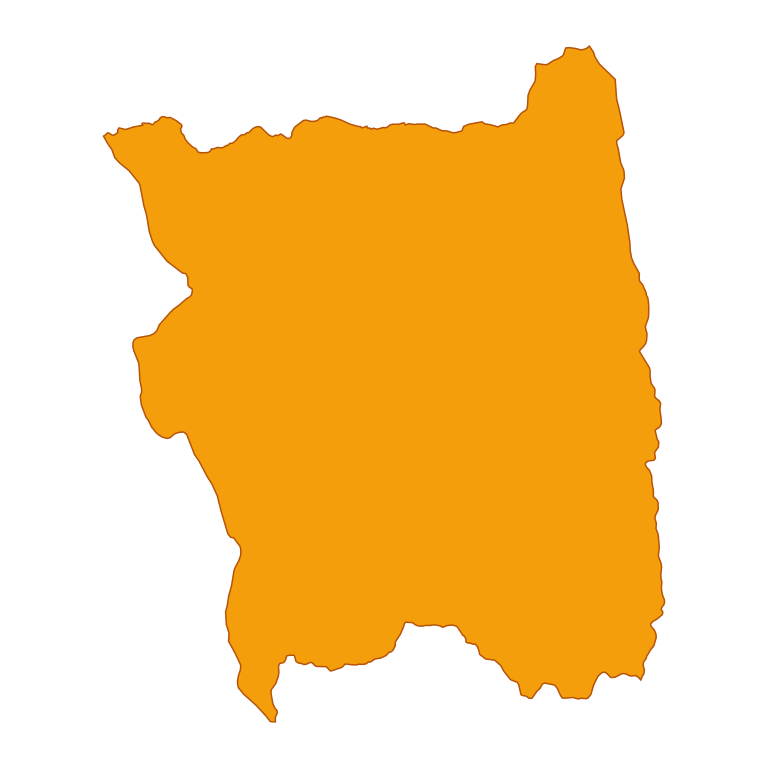 the district of Liborina, Antioquia, Colombia
{"feature_id": "7082276B40306940233950", "entity_name": "Liborina", "entity_type": "district", "adm_level": 2, "iso_a3": "COL", "parent_name": "Colombia", "parent_adm1": "Antioquia", "projection": "natural_earth1", "projection_center": [-75.777, 6.724], "detail": "fine", "context": "isolated", "style": "filled", "palette": "amber", "viewbox_px": 768, "rotation_deg": 0, "n_neighbors": 0, "source": "geoboundaries", "source_scale": "gbopen_adm2", "svg_char_len": 6096}
<svg xmlns="http://www.w3.org/2000/svg" viewBox="0 0 768 768"><path d="M238.8,560.7L235.2,567.4L234.0,570.7L231.5,585.9L228.8,595.6L227.2,605.9L225.6,611.8L226.3,624.2L229.0,633.2L228.6,641.3L235.1,653.1L240.7,665.1L240.5,669.4L238.4,675.8L237.5,680.8L237.6,684.0L238.4,687.7L243.5,694.0L256.1,705.3L265.9,715.9L270.4,721.6L275.3,721.9L275.4,717.1L277.2,713.1L277.2,711.7L277.2,710.9L275.1,708.3L272.9,703.9L271.0,693.2L271.3,689.7L275.8,683.5L278.3,676.4L278.9,672.5L278.5,666.9L279.1,664.4L279.8,663.5L283.5,662.6L284.3,661.9L285.4,660.2L286.8,655.8L290.0,655.2L293.9,655.3L294.5,655.9L296.0,661.4L298.3,663.0L302.2,663.7L303.9,664.6L307.0,664.0L309.9,662.5L312.1,662.7L314.9,665.6L316.3,666.4L326.4,666.7L330.0,670.7L331.1,671.0L342.0,667.3L345.3,664.0L353.6,664.9L357.4,664.8L358.7,664.2L363.3,664.4L366.1,663.8L368.7,661.9L370.0,662.1L371.4,661.5L374.9,659.0L380.9,658.0L386.1,655.5L388.7,652.5L390.5,652.1L392.7,650.6L395.3,645.8L395.3,642.3L395.8,641.2L400.2,634.5L403.3,627.5L404.6,623.2L406.1,622.2L412.3,622.6L416.0,625.1L418.6,626.0L422.7,626.1L425.6,625.4L429.6,625.5L434.5,624.8L440.2,625.9L442.1,627.1L443.3,627.1L447.0,625.6L450.8,625.1L453.1,625.2L456.4,626.2L457.7,627.4L462.9,635.4L464.3,636.2L465.7,638.4L466.1,642.2L468.0,643.0L470.8,643.2L472.4,644.1L475.2,644.1L477.5,646.7L479.3,652.0L479.5,654.1L480.9,655.4L485.7,659.0L494.7,660.2L500.7,665.5L503.8,671.1L509.6,678.5L511.0,679.9L517.3,682.3L518.8,685.0L521.0,694.7L522.4,695.5L526.1,696.1L528.8,698.1L531.3,698.4L532.3,697.9L536.9,691.3L540.0,688.4L542.4,684.0L545.1,683.1L554.7,685.1L557.4,688.6L560.6,695.6L562.0,697.7L563.5,698.2L572.9,697.5L578.5,699.0L581.1,698.2L586.6,698.7L588.4,697.6L590.9,694.4L593.7,684.9L597.7,676.6L601.3,673.0L603.1,672.3L604.4,672.1L606.2,672.9L609.0,675.5L609.6,676.6L611.4,677.6L615.2,677.2L621.9,673.7L623.4,673.6L626.1,674.0L629.2,675.6L631.3,676.0L635.5,675.6L638.3,677.2L640.8,680.0L642.4,676.0L643.8,674.0L644.3,671.0L644.3,669.3L643.2,665.8L643.4,662.4L646.3,658.1L646.9,655.5L648.4,653.7L650.0,650.6L653.9,645.7L656.2,637.6L656.0,634.5L655.3,632.2L654.1,629.8L650.8,625.9L650.7,623.9L652.8,621.5L656.8,619.2L662.0,614.9L662.8,613.0L662.7,611.8L661.3,609.7L661.3,608.6L662.2,606.7L663.8,604.9L664.5,602.6L664.4,599.8L662.9,596.2L661.7,591.4L661.4,586.8L661.9,581.9L661.1,579.2L660.8,574.9L661.6,566.9L661.2,563.8L658.3,555.8L659.3,547.2L658.4,537.0L658.0,533.9L656.0,528.7L656.4,523.4L655.0,518.9L655.2,516.0L658.2,509.6L658.1,502.7L656.9,500.1L653.4,496.7L653.4,490.2L652.0,482.9L651.6,475.8L649.6,470.6L646.1,466.6L645.3,464.0L645.7,462.8L648.1,461.0L653.6,460.3L654.6,459.7L655.4,458.0L654.7,453.4L654.9,451.9L658.3,447.2L658.8,441.9L657.1,439.0L655.2,430.6L655.6,429.8L659.7,426.9L661.4,423.7L661.2,419.0L659.9,409.7L660.6,403.4L659.3,400.9L655.9,398.2L654.6,396.2L655.0,389.9L654.5,388.3L651.2,383.5L650.1,376.8L650.1,370.6L649.5,367.9L639.6,351.7L640.2,349.9L643.4,346.6L645.5,343.6L646.6,340.4L647.0,333.7L645.4,327.5L645.5,325.9L648.3,318.0L648.6,315.4L648.8,307.4L648.4,301.9L647.8,297.9L646.5,295.4L646.0,292.4L642.4,284.3L640.3,282.1L639.6,280.7L639.2,278.5L639.3,273.4L633.5,262.9L631.4,257.4L630.2,250.0L629.9,242.9L627.3,225.1L621.8,199.2L620.9,189.0L624.4,178.3L624.1,172.3L623.7,169.9L620.7,162.8L618.3,149.1L616.7,143.5L616.7,141.5L617.1,140.3L622.6,135.7L623.9,133.4L623.8,131.3L619.6,111.1L616.6,98.9L615.2,79.4L599.4,64.1L595.0,57.0L593.5,52.3L589.4,46.1L586.4,48.5L582.3,49.8L580.3,49.8L576.3,48.6L569.2,47.6L565.7,48.0L563.3,55.1L562.3,56.1L558.0,58.7L552.9,60.8L547.5,64.4L544.6,64.7L536.9,63.6L535.3,66.6L535.7,74.3L535.1,81.2L530.0,89.9L528.1,95.2L527.5,105.8L526.9,109.1L525.2,110.7L522.1,112.5L519.1,115.7L513.6,123.1L509.9,123.0L507.0,124.4L502.2,124.9L497.9,126.9L491.5,125.0L484.6,123.7L482.0,121.8L468.5,124.3L463.6,126.5L461.9,130.9L455.7,132.6L452.5,132.7L447.4,131.0L441.9,130.7L435.9,128.0L433.0,127.9L425.3,124.1L417.3,124.1L414.8,124.5L408.7,123.7L405.5,124.9L404.9,124.6L404.6,123.1L403.3,122.8L398.8,124.2L392.6,124.2L389.9,125.0L387.7,126.9L385.7,127.8L383.2,127.5L377.1,129.2L373.4,128.2L371.0,129.3L370.2,128.2L367.6,128.0L366.8,126.2L362.2,127.9L360.2,126.5L358.0,126.5L349.7,124.0L340.8,119.9L333.8,117.7L326.4,116.2L324.6,117.0L322.9,117.0L321.8,118.0L320.2,117.8L317.6,120.4L314.7,121.3L311.1,121.4L306.0,120.1L303.4,120.5L294.7,127.1L292.0,132.3L291.8,135.5L290.6,137.5L289.5,138.4L287.2,138.4L281.0,134.0L277.4,135.6L275.3,135.1L273.5,136.5L271.6,136.4L268.4,134.6L260.9,127.3L259.3,126.6L256.1,126.9L253.2,128.3L248.8,132.5L246.5,133.0L244.6,134.7L241.1,135.0L238.3,137.5L235.9,140.6L232.4,143.2L229.8,143.4L227.9,145.2L226.2,145.6L222.5,147.8L217.0,147.5L213.6,149.0L211.6,148.8L210.0,151.5L207.9,152.5L201.7,152.8L198.3,152.3L196.1,148.9L192.3,146.8L188.1,142.8L185.2,139.1L183.8,135.3L181.6,133.1L181.1,131.9L180.6,128.8L182.0,126.4L181.5,124.6L176.2,120.6L170.4,117.5L166.8,117.7L164.5,116.8L162.2,116.6L160.0,118.1L159.2,119.7L156.4,121.7L155.2,121.9L153.5,124.1L152.3,124.7L148.9,123.2L145.8,123.4L143.5,123.0L142.0,123.5L142.7,125.3L133.3,127.0L126.6,129.2L125.0,129.4L119.1,127.9L117.7,130.0L117.9,132.3L115.0,134.5L113.4,135.3L112.3,135.2L108.6,132.9L107.5,132.9L105.0,135.4L103.5,136.1L107.6,143.5L111.9,149.7L114.9,157.9L120.0,163.3L129.0,170.6L138.9,182.9L140.1,185.9L144.0,206.2L146.5,214.8L149.3,231.5L152.2,240.7L154.3,245.3L167.0,261.2L181.7,272.5L183.0,273.2L185.1,273.4L186.1,274.2L187.8,277.7L188.0,285.5L189.8,287.5L191.9,288.7L192.4,290.7L191.5,294.8L189.9,296.8L187.2,298.2L178.3,305.8L173.5,309.2L170.3,312.3L159.4,324.7L156.8,330.7L153.8,333.7L149.6,335.6L137.0,337.8L134.5,339.5L133.6,341.1L133.0,342.6L132.9,347.2L133.9,351.0L138.5,362.4L139.0,364.9L139.9,380.6L141.6,388.9L141.6,392.4L140.4,395.4L140.3,397.0L141.3,404.6L146.0,417.3L148.3,420.2L151.5,426.9L155.5,431.9L158.4,434.7L162.3,437.1L167.2,438.4L169.9,437.8L174.5,433.9L178.6,432.4L183.1,432.0L184.3,432.4L186.7,434.5L194.6,454.7L198.8,460.6L207.6,477.3L211.9,483.9L217.2,495.6L221.5,512.5L227.9,533.8L230.5,537.2L233.8,538.0L240.0,546.3L240.7,549.0L240.8,553.9L240.5,555.8L238.8,560.7Z" fill="#f59e0b" stroke="#b45309" stroke-width="1.5"/></svg>